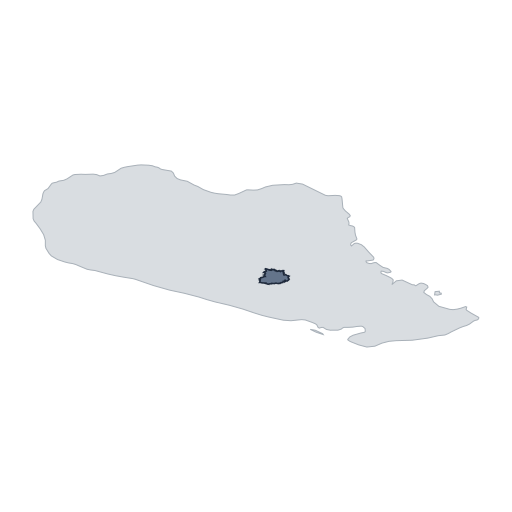 location of Anjozorobe, Analamanga, Madagascar, rotated 91°
{"feature_id": "10022922B1306198900476", "entity_name": "Anjozorobe", "entity_type": "district", "adm_level": 2, "iso_a3": "MDG", "parent_name": "Madagascar", "parent_adm1": "Analamanga", "projection": "equal_earth", "projection_center": [47.714, -18.198], "detail": "fine", "context": "in_parent", "style": "filled", "palette": "slate", "viewbox_px": 512, "rotation_deg": 91, "n_neighbors": 0, "source": "geoboundaries", "source_scale": "gbopen_adm2", "svg_char_len": 7718}
<svg xmlns="http://www.w3.org/2000/svg" viewBox="0 0 512 512"><g transform="rotate(91 256 256)"><path d="M321.8,44.2L322.9,47.7L324.3,51.1L328.4,59.3L330.2,62.4L331.7,65.8L332.5,72.4L335.1,82.8L337.5,98.4L338.2,114.3L339.0,121.6L340.9,128.5L344.1,135.6L345.1,143.6L343.1,151.7L340.2,159.4L339.5,160.9L338.2,162.8L337.6,162.7L335.3,160.8L333.5,157.5L331.2,149.9L330.3,146.0L329.4,145.4L326.6,145.7L324.6,148.1L324.3,149.7L324.7,154.0L325.4,157.8L325.7,161.8L325.8,166.7L326.5,168.2L327.6,169.5L328.7,172.7L328.9,180.4L328.2,184.3L326.2,187.7L326.3,189.5L327.0,191.4L326.4,192.6L323.8,194.0L322.8,195.3L321.4,198.7L319.1,205.6L318.8,209.2L320.1,219.9L319.7,227.6L316.8,242.2L315.2,249.1L312.8,257.3L309.3,268.2L305.7,281.8L302.7,295.8L300.5,304.2L298.0,312.5L294.5,327.1L291.6,341.9L287.3,358.1L281.4,376.2L280.8,378.6L279.5,387.8L278.2,395.8L276.6,403.7L273.3,416.8L272.9,420.8L272.2,424.7L269.0,432.8L267.7,435.9L266.8,439.1L266.2,443.2L265.3,447.1L263.0,454.4L259.5,460.6L257.2,462.8L252.1,466.1L249.6,466.8L243.9,466.9L238.3,468.7L232.6,472.3L227.1,476.5L225.0,478.4L222.6,479.5L215.3,479.8L213.1,478.9L205.8,472.1L202.9,471.0L197.5,470.1L195.9,469.5L194.4,468.6L192.2,465.1L187.9,462.1L186.8,461.1L186.2,459.1L185.7,456.8L184.5,454.3L183.7,449.6L182.2,446.3L178.2,440.4L177.7,438.5L177.3,432.3L177.4,428.1L177.0,420.3L177.4,416.7L178.7,413.4L178.1,409.8L176.6,406.1L176.0,402.2L174.9,398.7L170.6,392.4L169.6,389.2L168.9,386.0L167.2,375.9L166.9,372.4L167.1,364.9L167.6,361.1L168.6,358.4L168.9,356.4L169.5,354.7L170.5,353.3L171.1,351.7L172.6,342.1L174.6,340.0L177.5,338.8L179.9,336.3L181.2,332.9L182.5,326.0L186.2,319.0L187.5,315.4L190.5,309.9L193.1,302.2L193.9,298.5L194.4,294.8L195.0,286.6L195.5,282.5L195.4,278.4L193.8,274.3L190.1,266.7L190.0,265.3L190.2,259.7L189.9,255.6L188.5,251.5L186.8,247.7L185.0,240.6L184.1,228.7L184.2,224.4L183.7,220.6L182.4,217.0L183.3,210.7L194.1,187.7L194.5,185.0L194.0,177.9L194.2,173.8L194.6,172.3L195.4,171.4L197.3,171.0L206.2,170.0L207.3,169.3L209.5,167.3L212.5,163.6L213.9,162.5L215.1,162.9L215.9,164.5L216.9,165.4L220.5,163.7L221.9,163.6L223.3,163.9L223.9,162.3L224.3,160.2L224.9,158.8L225.8,157.9L230.4,157.5L233.4,156.9L237.2,155.4L238.0,155.7L241.1,161.0L242.1,161.4L243.3,161.6L244.3,160.7L241.8,157.9L241.4,156.3L241.5,154.6L242.9,150.8L245.1,147.9L250.1,143.4L255.2,138.3L256.7,138.0L258.0,138.8L259.0,144.8L258.9,145.8L259.7,145.9L260.7,145.2L261.5,142.8L261.6,140.7L260.9,138.8L260.5,137.2L260.5,135.7L263.1,132.1L265.2,128.7L266.1,124.6L267.0,122.8L269.1,120.7L269.8,121.0L270.3,122.7L270.6,124.5L270.0,126.3L269.2,128.1L268.9,130.5L270.1,130.9L271.3,130.4L273.0,126.1L274.9,122.0L276.0,119.9L277.5,118.4L279.9,118.7L282.2,119.6L278.4,115.3L277.5,109.5L282.0,99.3L282.1,97.2L282.7,96.5L283.0,95.7L280.7,92.2L280.2,90.5L280.6,87.9L281.7,85.6L282.7,84.0L284.2,83.4L285.3,84.3L287.8,87.1L289.5,87.6L291.6,84.8L293.3,81.5L295.8,79.1L298.7,77.7L303.1,72.3L306.0,61.2L306.2,57.9L305.6,53.9L304.6,50.2L302.9,45.5L303.4,44.4L305.8,45.0L306.6,44.4L309.2,40.2L313.5,32.2L314.9,32.3L316.1,33.7L316.6,35.9L317.4,37.5L320.3,41.3L321.8,44.2ZM291.7,75.6L291.8,76.8L288.5,76.3L288.0,72.1L289.6,72.0L289.9,70.2L290.9,70.0L292.0,73.8L291.7,75.6ZM331.2,194.4L328.4,200.5L329.2,195.4L332.5,188.0L333.4,187.4L331.2,194.4Z" fill="#d9dde1" stroke="#a8b0b8" stroke-width="1"/><path d="M273.7,246.6L273.8,246.4L274.0,246.5L274.2,246.8L274.5,247.0L274.8,247.3L274.9,247.6L275.0,247.3L275.1,247.1L275.3,247.1L275.5,247.1L275.6,246.9L275.9,246.8L276.1,246.4L276.3,246.3L276.3,247.2L276.3,247.3L276.4,247.6L276.5,247.6L276.7,247.8L276.6,248.0L276.8,248.1L276.8,248.3L277.3,249.1L277.2,249.3L277.3,249.5L277.3,250.0L277.5,250.3L277.6,250.5L277.8,250.6L278.0,250.8L277.8,251.1L278.1,251.2L278.3,251.5L278.5,251.8L278.9,251.4L279.1,251.7L279.1,252.0L279.3,251.8L279.4,251.7L279.5,251.9L279.7,252.3L279.9,252.3L280.0,252.1L280.4,252.3L280.5,252.4L280.4,252.1L280.6,251.7L280.6,251.4L280.9,251.4L281.2,251.5L281.3,251.5L281.7,251.8L281.9,251.8L282.1,251.7L282.3,251.7L282.4,251.8L282.4,251.7L282.3,251.3L282.5,250.7L282.6,250.2L282.7,249.9L282.8,249.5L282.8,249.4L282.7,249.3L282.9,248.5L282.8,248.0L282.7,247.6L282.8,247.5L282.9,247.4L283.0,247.2L282.9,246.4L283.0,246.5L283.2,246.3L283.6,244.8L283.7,244.1L283.8,244.0L283.9,243.9L284.0,243.7L283.9,243.1L284.0,242.8L283.9,242.8L283.7,242.5L283.6,242.3L283.6,242.1L283.6,241.6L283.4,240.7L283.5,240.6L283.5,240.4L283.5,240.2L283.2,240.3L283.1,240.1L283.1,239.7L283.3,239.5L283.2,239.2L283.1,238.9L283.2,238.5L283.2,238.1L283.2,237.9L283.2,237.4L283.3,237.2L283.2,236.8L283.1,236.6L282.9,236.5L282.8,236.3L282.8,236.1L282.9,235.9L282.8,235.7L282.8,235.3L282.8,235.0L283.1,234.4L283.1,234.1L283.1,233.6L283.2,233.2L283.2,232.7L282.9,232.6L282.8,232.0L282.9,231.8L283.0,231.6L283.0,231.4L282.8,231.3L282.6,230.8L282.4,230.9L282.1,230.6L282.1,229.8L282.2,229.6L282.1,229.1L282.0,228.6L281.6,228.5L281.1,228.4L281.0,228.5L280.9,228.5L280.8,228.0L280.7,227.8L280.7,227.4L280.9,227.4L281.1,227.2L281.4,226.9L281.2,226.8L281.0,226.6L280.9,226.3L280.7,226.3L280.7,226.2L280.6,225.9L280.4,225.6L280.3,225.9L280.4,226.1L280.5,226.2L280.5,226.4L280.2,226.8L279.7,226.7L279.6,226.4L279.7,226.2L280.2,225.9L280.4,225.5L280.4,225.3L280.5,224.9L280.5,224.6L280.5,224.3L280.4,224.1L280.0,223.9L279.9,223.8L279.7,223.3L279.5,223.2L279.3,223.1L279.3,222.9L279.1,222.8L279.0,222.7L278.9,222.6L278.8,222.8L278.7,222.8L278.5,223.0L278.3,223.0L278.2,223.0L278.2,222.8L278.1,222.7L277.9,222.7L277.8,222.8L277.4,223.4L277.2,223.6L276.7,223.5L276.6,223.3L276.4,223.2L276.2,223.1L276.0,222.9L276.0,223.0L275.9,223.1L275.7,223.1L275.4,223.2L275.2,223.1L275.1,223.5L275.2,223.8L275.2,224.0L275.0,224.6L274.8,225.0L274.6,225.3L274.4,225.6L274.1,225.8L274.0,226.1L274.5,227.0L274.5,227.4L274.5,227.8L274.1,228.0L273.7,228.0L273.2,228.2L272.7,228.3L272.7,227.8L272.7,227.5L272.4,227.5L272.1,228.2L271.9,228.3L271.5,228.5L271.3,228.5L271.1,228.8L270.9,229.0L270.7,228.7L270.7,228.4L270.7,228.1L270.6,227.9L270.4,227.9L270.4,228.1L270.1,228.1L270.1,228.3L270.2,228.5L270.1,228.8L270.3,228.9L270.3,229.1L270.4,229.3L270.5,229.3L270.6,229.5L270.4,229.9L270.4,230.0L270.5,230.0L270.6,230.3L270.6,230.6L270.5,230.8L270.8,231.0L270.7,231.1L270.7,231.5L270.8,231.5L270.8,231.8L270.6,231.9L270.6,232.0L270.4,232.4L270.2,232.6L270.3,232.7L270.5,232.6L270.4,232.8L270.5,233.0L270.4,233.2L270.4,233.3L270.5,233.4L270.5,233.2L270.7,233.3L270.7,233.5L270.8,233.7L270.9,233.9L270.7,234.1L270.8,234.2L271.0,234.3L270.9,234.3L270.8,234.5L271.0,234.8L270.8,235.0L270.7,235.2L270.5,235.4L270.5,235.5L270.4,235.4L270.1,235.5L270.0,235.8L270.3,236.2L270.2,236.3L270.1,236.2L269.9,236.3L269.9,236.5L270.0,236.8L269.7,237.1L269.5,237.3L269.4,237.3L269.3,237.1L269.2,237.2L269.3,237.3L269.5,237.5L269.4,237.6L269.4,237.9L269.5,238.0L269.5,238.3L269.4,238.5L269.5,238.7L269.5,239.1L269.4,239.1L269.3,238.8L269.2,238.8L269.3,239.2L269.1,239.2L269.1,239.5L269.1,239.8L269.1,240.1L269.3,240.3L269.4,240.5L269.2,240.6L269.4,240.7L269.5,240.6L269.9,240.6L269.8,240.9L270.0,240.9L270.0,241.1L269.9,241.1L270.0,241.3L270.0,241.5L270.1,241.8L270.0,241.7L270.0,241.9L269.5,242.3L269.6,242.5L269.6,243.1L269.4,243.2L269.3,243.5L269.1,243.9L269.1,244.0L269.0,244.4L268.9,244.6L268.9,244.9L268.9,245.1L268.8,245.4L268.6,245.6L268.6,245.8L268.5,246.2L268.6,246.3L268.6,246.2L268.9,246.2L269.5,246.0L269.8,245.9L270.1,245.7L270.4,245.4L270.6,245.4L270.8,245.6L271.0,245.5L271.1,245.8L271.2,246.1L271.3,246.4L271.3,246.7L271.6,247.0L271.6,247.3L271.8,247.5L271.9,247.8L272.1,247.8L272.3,248.0L272.3,247.7L272.2,247.5L272.4,247.3L272.4,247.2L272.5,247.0L272.5,246.9L272.5,246.6L272.8,246.4L273.1,246.6L273.3,246.4L273.4,246.5L273.5,246.4L273.6,246.5L273.7,246.6Z" fill="#64748b" stroke="#1e293b" stroke-width="1.5"/></g></svg>